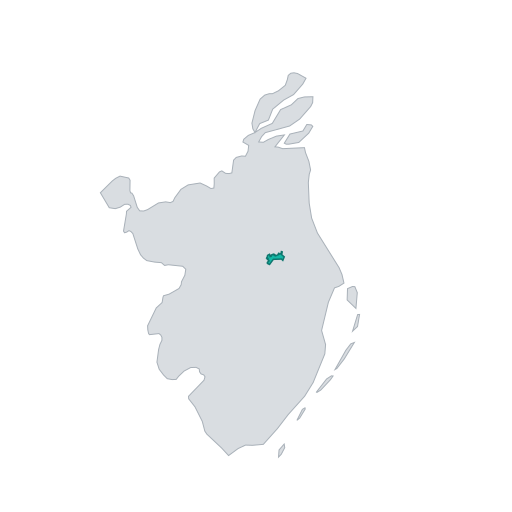 location of Gooise Meren, Noord-Holland, Netherlands, rotated 134°
{"feature_id": "6326949B89511959643085", "entity_name": "Gooise Meren", "entity_type": "district", "adm_level": 2, "iso_a3": "NLD", "parent_name": "Netherlands", "parent_adm1": "Noord-Holland", "projection": "natural_earth1", "projection_center": [5.099, 52.322], "detail": "fine", "context": "in_parent", "style": "filled", "palette": "teal", "viewbox_px": 512, "rotation_deg": 134, "n_neighbors": 0, "source": "geoboundaries", "source_scale": "gbopen_adm2", "svg_char_len": 5205}
<svg xmlns="http://www.w3.org/2000/svg" viewBox="0 0 512 512"><g transform="rotate(134 256 256)"><path d="M318.6,411.9L310.0,411.7L301.9,411.5L297.6,410.9L293.0,409.3L290.9,405.9L288.3,401.7L289.0,399.2L296.6,392.1L297.7,390.1L297.0,389.0L297.7,385.9L303.5,375.2L304.3,371.0L301.6,368.0L297.9,366.2L285.6,363.0L279.8,358.6L277.1,354.7L274.4,353.6L270.4,354.9L260.2,356.3L252.0,354.2L242.3,346.9L240.0,340.3L238.8,335.3L236.4,333.5L233.2,336.1L229.0,340.2L220.9,340.7L218.5,339.7L218.1,337.5L217.7,335.3L215.4,332.6L213.0,331.1L202.6,338.7L198.8,338.7L194.0,335.8L191.6,332.9L186.2,334.5L181.5,338.1L183.1,344.6L180.5,345.9L174.6,345.3L167.9,342.5L160.5,340.9L149.3,336.4L133.6,340.0L122.7,335.6L113.6,335.2L108.0,331.7L101.9,325.7L106.3,321.8L110.5,320.5L127.1,319.7L139.1,322.1L160.8,335.0L166.2,334.9L172.1,333.3L169.1,329.7L163.7,328.1L155.6,324.6L149.2,319.7L164.3,318.2L162.3,315.7L160.3,311.4L144.4,296.4L147.2,292.3L151.2,283.7L156.2,276.5L160.2,274.5L166.8,269.4L181.0,254.5L190.1,242.3L196.8,227.8L206.7,188.1L209.6,181.3L214.4,173.9L220.3,175.3L224.4,177.4L239.0,171.8L264.0,157.1L271.4,144.4L278.6,138.5L307.3,127.0L323.1,123.6L347.6,122.7L365.2,120.7L386.4,119.9L394.6,127.0L399.3,132.2L406.9,135.1L418.6,137.1L418.0,147.3L418.3,167.6L417.5,171.2L412.3,179.7L406.9,195.1L405.5,205.2L403.8,207.1L381.5,207.1L378.3,208.8L377.8,211.0L379.0,213.6L378.5,216.2L376.7,218.3L377.7,221.7L381.6,225.5L388.7,227.8L396.3,228.1L400.2,227.7L403.1,230.4L405.9,234.6L405.8,239.9L404.7,247.0L401.2,253.5L390.9,261.1L386.3,263.7L382.0,265.1L379.9,267.1L379.0,269.6L379.2,271.9L386.6,278.0L386.4,279.4L384.3,282.5L381.5,285.5L362.6,291.7L354.7,291.2L350.2,294.3L348.8,294.9L343.8,292.0L332.8,288.8L328.6,289.9L326.3,291.7L319.3,293.8L314.3,297.3L314.3,301.6L323.2,313.0L326.3,315.2L326.5,319.4L330.8,324.7L335.2,331.4L335.7,335.6L335.3,339.9L333.0,346.0L325.4,360.2L325.3,363.0L326.0,365.0L328.6,365.6L330.6,366.7L330.1,368.6L315.7,378.5L313.8,380.2L307.8,379.7L306.9,381.4L307.7,384.1L310.1,386.4L315.2,387.6L319.7,390.1L323.2,395.1L318.6,411.9ZM167.9,342.5L166.7,346.6L163.3,351.2L152.0,357.7L140.3,362.0L134.2,361.5L130.0,359.2L127.8,356.9L121.5,354.6L112.9,353.5L107.5,355.9L103.6,358.3L100.3,357.9L97.8,355.9L95.9,352.9L93.4,343.5L99.8,341.8L113.8,341.1L124.6,344.4L138.8,346.0L149.6,341.5L158.2,345.3L167.9,342.5ZM144.6,304.1L152.8,310.1L154.6,312.0L155.2,314.0L144.7,316.3L133.5,309.1L126.1,310.8L123.3,307.3L123.3,305.2L131.0,303.4L144.6,304.1ZM224.3,159.9L215.9,167.5L210.9,165.4L209.4,163.6L212.0,157.7L224.3,147.7L224.3,159.9ZM261.3,125.9L253.4,126.8L249.9,125.2L268.8,121.0L280.7,119.7L282.8,120.3L261.3,125.9ZM311.9,118.0L295.4,119.8L289.8,118.5L288.8,117.2L293.3,116.5L307.5,116.3L311.8,117.4L311.9,118.0ZM243.0,134.3L227.5,142.2L226.1,140.9L236.2,134.0L243.0,134.3ZM379.5,104.7L371.7,105.1L373.9,102.2L381.1,100.1L385.0,100.1L379.5,104.7ZM345.8,112.4L334.1,116.1L331.2,115.3L331.9,114.3L342.3,112.0L345.8,112.4Z" fill="#d9dde1" stroke="#a8b0b8" stroke-width="1"/><path d="M240.5,233.7L239.5,234.1L237.0,235.1L237.1,236.5L237.1,237.2L237.2,238.7L237.2,238.8L236.3,239.1L235.8,239.3L235.7,239.4L235.5,239.5L235.4,239.6L235.2,239.8L234.9,240.0L235.0,240.1L235.0,240.3L235.1,240.5L235.2,240.8L235.4,240.7L235.4,240.3L235.4,240.2L235.5,239.9L235.9,239.9L236.0,239.9L236.3,239.9L236.5,240.0L236.8,240.0L237.2,240.1L237.3,240.1L237.5,240.2L237.5,240.3L237.5,240.2L237.6,240.3L237.8,240.4L238.0,240.3L238.4,240.5L238.5,240.5L238.8,240.6L239.0,240.7L239.0,240.8L238.9,241.0L238.7,241.1L238.8,241.4L238.7,241.5L238.8,241.5L238.9,241.4L239.0,241.4L239.4,241.2L239.4,240.9L239.6,240.9L239.8,240.9L240.0,241.1L240.4,241.3L240.7,241.4L240.8,241.4L241.0,241.5L241.5,241.6L241.7,241.8L241.8,241.9L242.1,242.0L242.3,242.1L242.2,242.2L242.2,242.3L242.0,242.5L241.9,242.7L241.9,242.8L242.0,243.0L242.1,243.3L242.3,243.4L242.3,243.5L242.5,243.5L242.7,243.4L242.8,243.4L242.8,243.5L242.8,243.8L242.6,243.9L242.2,244.0L242.2,244.3L242.3,244.4L242.3,244.5L242.5,244.6L242.7,244.8L242.8,244.8L243.0,244.9L243.2,245.0L243.3,245.1L243.5,245.1L243.8,245.2L244.0,245.2L244.2,245.3L244.3,245.3L244.3,245.5L244.5,245.6L244.8,245.6L245.0,245.6L245.4,245.6L245.8,245.2L245.9,244.9L246.1,245.0L246.3,245.2L246.2,245.2L246.0,245.5L245.8,245.7L246.0,245.8L245.9,245.9L245.8,246.0L246.0,246.1L246.0,246.4L246.0,246.5L245.8,247.0L245.7,247.1L245.5,247.3L245.4,247.4L245.4,247.5L245.5,247.5L245.8,247.6L247.5,248.1L248.6,247.4L248.9,247.2L249.0,247.2L249.3,247.1L249.5,247.1L250.8,246.7L250.7,246.7L250.4,246.4L250.2,246.2L249.9,246.1L249.6,245.9L249.5,245.7L249.8,245.6L250.0,245.5L250.1,245.4L250.3,245.3L250.3,245.2L250.1,245.0L250.2,244.8L250.4,244.9L250.4,244.7L250.2,244.5L250.1,244.4L249.9,244.2L249.7,244.1L249.8,244.1L250.2,243.9L250.4,243.8L250.3,243.7L250.4,243.4L250.5,243.3L250.6,243.2L250.9,243.3L251.0,243.3L251.3,243.3L251.5,243.2L251.7,243.3L251.8,243.3L252.0,243.4L252.4,243.4L252.5,243.3L252.7,243.2L252.9,243.2L253.0,243.2L253.3,242.9L253.3,242.7L253.3,242.4L253.2,242.4L253.2,242.2L253.1,241.9L252.8,240.5L252.7,240.5L252.5,240.4L251.8,240.5L251.2,240.6L246.6,241.2L246.4,241.2L246.2,241.1L246.0,240.9L245.5,240.4L241.9,236.9L240.5,235.6L240.5,233.7Z" fill="#14b8a6" stroke="#0f766e" stroke-width="1.5"/></g></svg>